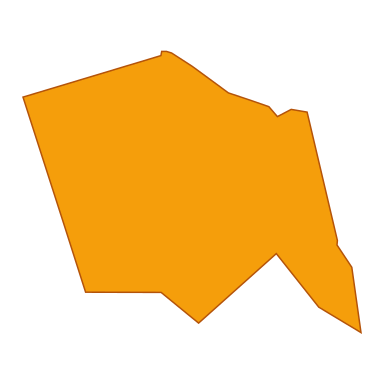 Jandaíra, Rio Grande do Norte, Brazil
{"feature_id": "56859067B73444241078721", "entity_name": "Jandaíra", "entity_type": "district", "adm_level": 2, "iso_a3": "BRA", "parent_name": "Brazil", "parent_adm1": "Rio Grande do Norte", "projection": "robinson", "projection_center": [-36.108, -5.36], "detail": "fine", "context": "isolated", "style": "filled", "palette": "amber", "viewbox_px": 384, "rotation_deg": 0, "n_neighbors": 0, "source": "geoboundaries", "source_scale": "gbopen_adm2", "svg_char_len": 409}
<svg xmlns="http://www.w3.org/2000/svg" viewBox="0 0 384 384"><path d="M171.6,53.0L166.4,51.4L161.7,51.4L160.9,55.6L23.0,97.1L64.2,225.1L85.6,292.2L161.1,292.4L187.2,313.8L198.6,323.1L276.3,253.6L318.8,307.2L361.0,332.6L351.8,267.3L337.0,245.0L337.4,240.5L307.1,112.1L291.2,109.4L277.4,116.6L268.9,106.7L251.7,100.7L228.4,92.9L192.3,66.4L171.6,53.0Z" fill="#f59e0b" stroke="#b45309" stroke-width="1.5"/></svg>